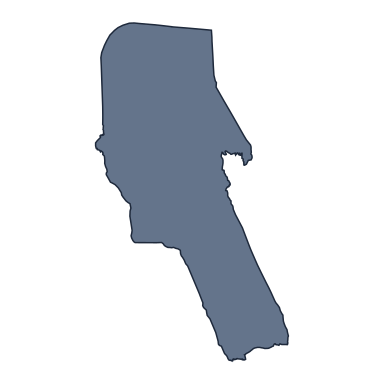 Kota Padangsidimpuan, Sumatera Utara, Indonesia
{"feature_id": "22746128B81378642761445", "entity_name": "Kota Padangsidimpuan", "entity_type": "district", "adm_level": 2, "iso_a3": "IDN", "parent_name": "Indonesia", "parent_adm1": "Sumatera Utara", "projection": "equal_earth", "projection_center": [99.293, 1.387], "detail": "fine", "context": "isolated", "style": "filled", "palette": "slate", "viewbox_px": 384, "rotation_deg": 0, "n_neighbors": 0, "source": "geoboundaries", "source_scale": "gbopen_adm2", "svg_char_len": 5943}
<svg xmlns="http://www.w3.org/2000/svg" viewBox="0 0 384 384"><path d="M139.2,23.5L134.2,23.0L129.3,23.2L123.0,25.2L118.1,27.6L114.5,30.4L109.9,35.1L106.7,40.8L104.5,45.3L101.7,52.6L100.9,57.6L101.3,66.4L102.7,106.8L102.8,115.3L102.8,118.7L102.7,124.5L103.5,125.9L103.3,126.6L103.3,127.2L103.2,127.6L103.3,128.0L103.0,129.5L103.4,130.2L103.5,130.6L103.5,131.9L103.9,134.4L103.5,135.0L103.1,135.0L102.8,135.1L102.5,134.7L102.1,135.4L101.8,135.4L101.5,135.0L101.0,135.0L100.1,135.7L100.1,136.4L100.4,136.6L100.5,137.0L100.4,137.6L99.7,138.2L98.3,139.7L97.9,140.0L97.1,140.9L95.6,142.9L95.6,145.9L95.9,147.0L96.0,147.6L96.1,148.0L96.4,148.6L96.7,148.4L97.2,148.4L97.5,149.0L97.5,149.7L98.8,149.9L99.5,150.4L99.8,150.4L100.2,150.7L100.2,151.5L100.5,151.9L101.2,151.0L101.5,151.1L102.0,151.8L102.5,151.9L102.7,152.3L102.7,152.6L102.8,153.0L103.0,153.1L103.0,153.5L102.8,154.0L102.8,154.6L103.1,154.8L103.5,155.1L103.9,155.6L104.3,156.0L104.5,157.2L104.8,160.8L104.7,163.4L105.6,166.6L106.8,169.2L107.2,171.7L107.1,171.8L106.3,173.1L106.3,173.9L106.3,174.7L107.8,177.3L110.5,182.2L111.6,182.7L113.1,183.5L115.2,184.7L118.3,187.9L121.2,192.5L121.3,192.7L121.7,195.0L123.1,197.2L123.5,197.7L126.0,200.9L126.4,201.2L128.0,202.5L130.0,203.7L130.9,208.1L130.1,211.0L129.9,216.2L132.1,230.3L132.1,230.5L131.8,232.7L131.8,232.8L131.1,235.8L131.7,238.1L133.0,240.7L133.4,241.1L133.5,241.2L133.9,241.8L135.1,242.6L156.6,242.7L161.6,242.5L163.2,243.7L164.4,245.5L165.9,246.5L167.8,247.4L170.1,247.5L171.2,247.7L172.0,247.7L173.2,247.4L173.9,247.5L175.9,248.4L176.5,248.5L177.8,248.8L178.5,249.1L180.3,250.3L180.6,253.8L181.4,255.9L182.1,256.7L183.2,258.4L184.1,259.9L185.5,263.2L185.9,264.0L186.6,264.7L187.7,266.0L199.1,293.1L202.5,301.9L202.7,302.1L202.8,302.5L202.8,303.0L202.9,303.6L202.7,305.6L203.0,306.3L203.4,306.9L203.5,307.4L203.7,307.6L206.3,310.1L206.7,312.9L207.2,315.4L210.0,318.9L215.8,332.6L215.9,333.0L218.1,341.1L218.4,344.0L218.5,344.2L218.6,344.5L219.0,344.7L219.3,345.3L219.7,345.5L221.4,346.2L224.4,353.2L224.8,353.8L225.8,354.8L226.2,355.2L227.1,356.4L227.5,357.4L227.9,358.4L228.6,359.7L229.1,360.1L230.2,360.4L230.6,360.2L230.9,360.2L231.1,360.5L231.6,360.7L232.0,361.0L232.1,360.7L232.8,360.6L232.8,360.2L232.8,359.6L232.9,359.3L233.3,359.1L233.6,359.0L233.8,359.3L234.2,359.2L234.3,359.6L235.2,359.5L235.5,359.3L236.5,359.1L236.5,358.7L236.8,358.6L237.2,358.6L237.5,358.6L237.6,358.8L240.2,359.1L240.5,359.2L242.2,359.1L242.2,359.5L242.6,359.5L242.6,359.8L242.8,359.8L243.0,359.7L243.6,359.7L243.7,359.9L244.0,359.8L244.3,359.9L244.7,359.9L245.6,359.3L245.5,358.9L245.5,358.6L245.5,358.3L245.2,357.1L245.0,356.4L244.8,355.3L244.6,355.1L244.5,354.7L245.2,354.6L245.4,354.5L245.5,354.4L245.6,354.0L246.0,353.7L247.1,353.1L247.5,352.9L248.6,352.3L249.1,352.0L249.7,351.6L250.3,351.2L250.9,350.6L251.3,350.3L252.1,349.7L252.6,349.3L253.1,348.8L253.6,348.5L254.7,348.0L256.1,347.7L257.4,347.4L257.9,347.4L258.9,347.4L259.6,347.4L262.2,347.9L262.7,347.9L264.5,348.4L264.9,348.5L267.0,348.4L267.7,348.4L268.3,348.3L269.0,348.1L270.3,347.5L271.4,347.0L271.8,346.7L273.4,346.0L273.7,345.0L274.4,343.9L275.4,343.9L275.5,344.4L275.8,344.6L276.2,344.8L276.6,344.7L278.2,345.0L278.9,345.3L280.0,343.8L281.7,344.5L282.8,344.5L286.8,344.5L287.1,344.7L287.5,344.5L287.5,343.6L287.8,343.3L287.6,342.7L287.8,342.3L287.6,341.8L287.6,341.0L287.8,340.3L287.9,337.6L288.1,336.8L288.4,336.0L287.6,332.9L287.2,330.9L287.0,329.7L285.3,326.6L284.1,323.5L283.4,321.2L283.0,316.9L282.9,315.2L282.5,314.4L282.1,314.1L280.3,310.7L279.4,307.5L277.6,304.9L276.0,303.0L274.9,301.1L271.1,292.6L268.8,287.8L265.9,282.2L261.1,272.5L257.5,265.1L255.6,260.8L251.5,251.4L250.7,249.5L249.0,245.2L244.5,233.4L242.4,227.8L235.4,214.5L233.3,209.4L233.0,206.9L232.6,205.7L231.2,204.0L231.0,203.2L231.0,200.9L230.2,200.2L229.7,199.1L229.1,198.1L228.4,197.5L228.4,197.4L227.7,195.8L227.7,193.0L227.1,190.9L226.0,190.5L225.8,190.5L225.8,190.3L225.7,190.2L226.1,188.9L226.4,188.5L226.8,187.8L227.2,187.2L227.7,187.1L227.8,186.8L228.5,186.8L229.0,186.5L229.1,186.2L229.0,185.6L229.7,184.7L230.0,184.9L230.2,184.3L230.2,184.0L230.1,183.6L229.8,183.0L229.7,182.5L229.4,182.3L228.8,180.9L228.3,180.5L227.8,180.4L227.7,180.4L227.3,178.0L227.1,177.1L226.7,176.8L226.0,176.1L225.7,175.6L225.5,175.3L225.3,174.3L224.5,173.5L224.3,172.9L224.2,171.6L224.1,170.6L223.8,170.2L223.5,170.1L223.2,170.3L222.9,170.1L222.2,169.7L222.4,166.6L222.7,165.1L223.0,163.0L223.0,160.4L222.7,159.0L221.2,156.7L221.3,154.9L221.6,154.6L221.9,152.8L222.1,152.3L222.6,152.5L222.9,153.0L223.7,154.2L224.4,154.7L224.9,154.8L225.7,154.7L225.9,154.6L226.3,154.4L226.2,154.0L225.2,152.0L225.1,151.6L225.2,151.3L225.5,151.0L226.0,151.0L227.0,151.5L228.4,152.7L228.7,152.7L230.2,153.5L230.5,154.0L231.0,154.3L231.7,154.2L232.1,154.1L232.5,153.7L233.8,153.5L234.4,153.6L234.5,153.3L235.0,153.1L235.4,153.1L235.6,153.4L235.5,154.6L235.6,155.1L236.3,154.3L237.1,153.3L237.3,152.9L237.5,152.9L238.0,153.2L238.3,153.6L238.4,154.3L238.6,154.5L238.8,154.3L239.0,153.7L239.4,153.2L239.7,153.2L239.9,153.8L239.5,154.6L239.5,155.0L240.4,155.3L241.1,155.1L241.3,154.6L241.4,153.9L241.6,153.4L241.9,153.2L242.1,153.6L242.0,155.0L241.9,156.3L242.0,158.4L242.3,158.5L242.9,158.8L243.2,159.1L243.3,159.5L243.2,159.8L243.0,160.1L243.0,160.3L243.1,160.5L243.4,161.3L243.5,161.7L243.9,161.9L243.9,162.3L243.8,162.5L243.7,163.1L243.9,163.4L243.9,163.8L244.0,164.0L244.0,164.5L243.8,164.8L244.0,165.1L244.6,165.2L246.4,164.2L248.3,160.4L251.1,159.9L252.0,158.0L252.1,157.0L251.8,155.2L251.6,154.9L251.1,154.4L251.0,154.2L250.9,153.6L251.2,152.9L251.3,152.2L251.2,151.3L251.2,151.1L251.1,150.2L251.0,148.8L251.1,148.3L251.0,146.7L250.5,145.0L246.4,139.9L243.6,135.2L236.5,122.7L231.2,113.4L223.8,100.7L216.1,87.2L216.4,82.6L215.3,81.0L213.9,75.2L213.3,65.6L212.9,57.0L212.0,41.4L211.9,37.3L211.4,30.2L203.8,29.5L187.8,28.1L171.6,26.8L171.6,26.7L161.4,25.5L154.8,24.8L139.2,23.5Z" fill="#64748b" stroke="#1e293b" stroke-width="1.5"/></svg>